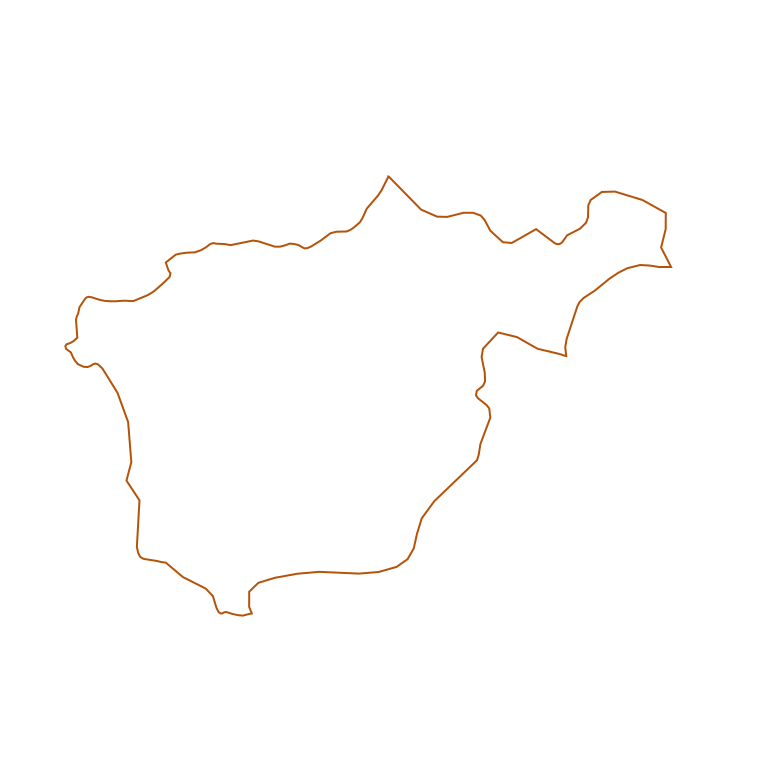 outline of Ticino, rotated 260°
{"feature_id": "CHE-168", "entity_name": "Ticino", "entity_type": "Canton", "adm_level": 1, "iso_a3": "CHE", "parent_name": "Switzerland", "parent_adm1": "", "projection": "orthographic", "projection_center": [8.86, 46.227], "detail": "fine", "context": "isolated", "style": "outline", "palette": "amber", "viewbox_px": 768, "rotation_deg": 260, "n_neighbors": 0, "source": "natural_earth", "source_scale": "10m", "svg_char_len": 2381}
<svg xmlns="http://www.w3.org/2000/svg" viewBox="0 0 768 768"><g transform="rotate(260 384 384)"><path d="M359.5,473.6L356.9,472.6L353.6,474.1L345.5,481.3L341.7,483.4L332.5,482.9L308.1,468.5L297.9,465.0L292.8,462.4L259.9,413.2L245.1,397.8L230.6,390.4L217.0,384.8L207.4,376.8L201.7,364.6L199.8,346.1L201.6,326.6L210.3,287.4L212.2,265.6L212.1,242.8L210.0,225.7L202.9,215.2L187.9,212.5L181.0,214.0L181.0,213.7L180.9,210.6L180.4,205.0L181.7,200.1L183.9,194.7L186.6,189.6L187.0,188.0L186.8,186.5L186.2,185.0L186.4,183.2L188.1,181.5L192.8,180.1L204.7,178.7L213.4,173.0L228.8,152.4L246.0,138.1L247.2,134.2L249.3,129.2L253.4,117.2L254.7,115.4L256.4,113.7L260.3,112.6L266.3,112.3L311.9,123.0L333.6,113.6L350.9,121.6L391.0,125.4L421.7,120.0L448.1,109.4L453.1,105.7L454.3,103.2L453.9,100.7L452.8,98.4L452.2,95.0L453.1,91.2L456.8,85.9L460.5,83.8L464.5,82.3L469.5,81.1L473.8,77.0L476.7,76.8L478.2,78.1L478.8,82.0L480.2,85.8L482.8,90.0L500.5,91.8L503.1,92.8L506.7,95.1L512.6,97.5L519.5,104.1L520.8,105.8L521.2,108.2L520.2,111.1L516.3,118.5L514.5,123.0L513.1,128.4L512.2,133.2L511.2,142.2L510.4,146.2L509.6,149.3L509.2,151.6L512.4,166.1L513.8,170.2L515.4,173.7L521.0,183.1L526.6,191.4L530.3,193.0L531.4,192.3L533.8,191.4L541.6,190.2L547.6,201.5L547.8,206.0L547.6,212.2L546.5,220.5L547.5,226.8L549.4,232.1L552.0,237.2L552.4,240.3L551.2,243.6L549.6,251.0L547.4,257.1L548.0,280.0L546.2,285.3L538.2,300.4L537.3,305.5L537.7,310.5L538.6,315.3L537.8,319.0L535.7,323.9L531.4,329.1L531.1,332.1L532.0,335.9L536.2,346.5L541.7,357.3L542.0,360.1L542.2,363.9L540.7,373.6L541.6,377.6L543.4,381.6L547.5,388.4L551.0,391.5L559.7,397.5L570.7,410.9L575.3,415.3L587.3,424.2L587.6,424.3L587.3,424.8L549.3,450.8L539.6,465.4L537.6,475.2L538.8,492.2L537.1,501.6L533.0,508.6L528.0,511.6L516.5,515.3L503.0,525.7L500.7,534.3L510.1,560.7L492.9,576.7L491.7,578.6L491.4,580.6L491.7,582.5L492.9,584.4L498.6,590.1L502.9,603.9L507.7,611.0L512.9,613.9L524.4,616.2L529.3,619.4L535.3,631.9L533.4,644.8L520.3,670.5L503.5,691.2L487.6,688.3L470.3,680.6L454.1,685.6L449.4,687.0L451.4,675.3L454.5,666.3L456.7,656.9L455.8,643.8L452.8,633.9L448.4,624.0L439.3,607.7L434.1,595.6L430.7,590.8L427.1,588.0L396.9,571.8L388.9,568.9L379.9,568.3L380.7,566.3L382.8,562.7L392.0,541.4L407.1,523.1L414.9,505.3L401.5,487.6L393.6,484.8L377.5,485.2L369.1,484.0L365.1,481.3L361.2,474.2L359.5,473.6Z" fill="none" stroke="#b45309" stroke-width="2"/></g></svg>